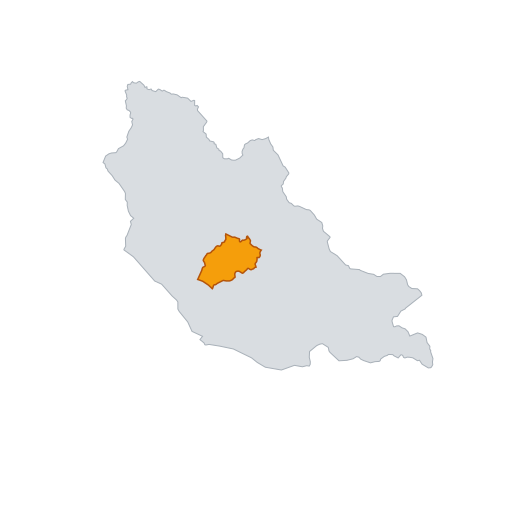 Mongolia, with Övörhangay highlighted, rotated 38°
{"feature_id": "MNG-3327", "entity_name": "Övörhangay", "entity_type": "Province", "adm_level": 1, "iso_a3": "MNG", "parent_name": "Mongolia", "parent_adm1": "", "projection": "albers", "projection_center": [102.848, 45.744], "detail": "fine", "context": "in_parent", "style": "filled", "palette": "amber", "viewbox_px": 512, "rotation_deg": 38, "n_neighbors": 0, "source": "natural_earth", "source_scale": "10m", "svg_char_len": 6353}
<svg xmlns="http://www.w3.org/2000/svg" viewBox="0 0 512 512"><g transform="rotate(38 256 256)"><path d="M51.3,194.6L52.8,194.9L55.3,193.5L56.0,191.2L56.9,190.0L62.5,190.4L64.8,191.5L65.5,190.1L66.0,189.9L67.1,191.4L68.4,191.1L69.4,190.7L70.5,189.0L72.3,189.6L75.8,188.2L76.3,184.6L77.7,184.0L80.6,183.8L81.2,182.2L81.9,181.8L84.0,181.7L87.9,180.5L89.6,180.6L91.1,179.2L94.6,177.6L99.6,177.3L100.1,176.3L104.9,173.7L109.6,174.2L111.2,171.5L112.0,171.3L114.9,175.1L116.3,174.8L116.9,173.6L118.9,173.9L119.4,176.3L120.4,177.4L134.3,179.9L134.7,180.9L134.9,186.5L137.2,189.3L137.7,190.6L141.6,190.6L143.7,192.9L147.1,193.1L148.7,193.8L152.2,192.2L153.0,192.2L153.9,193.3L155.6,192.7L158.5,194.9L160.9,194.7L162.0,195.6L163.4,195.1L166.8,195.9L169.3,199.0L171.2,198.9L173.6,197.1L174.3,195.8L177.6,195.4L179.6,194.2L180.9,193.0L182.9,188.8L183.5,184.5L181.9,183.7L180.6,182.1L179.9,179.7L179.9,178.1L178.5,175.5L178.7,174.2L179.8,172.1L180.4,168.6L181.6,166.8L183.9,165.8L184.2,164.4L185.7,161.9L189.2,160.5L191.3,157.6L192.6,154.6L194.2,156.2L198.5,158.6L202.2,159.7L204.5,162.0L211.1,162.8L221.9,168.3L224.2,168.0L230.7,170.3L231.2,171.1L231.1,175.0L231.6,176.1L231.8,180.3L233.1,182.5L232.7,185.0L233.3,185.8L234.9,186.2L237.5,188.8L243.4,190.7L245.2,192.4L249.3,193.6L251.4,192.8L254.8,193.2L256.0,192.9L258.1,190.8L259.5,190.2L267.2,188.4L269.3,187.0L270.7,186.7L276.8,187.8L281.1,189.6L287.2,189.1L290.1,191.2L291.4,193.3L293.9,195.0L302.4,195.3L302.9,195.7L303.0,200.2L303.4,200.9L309.3,205.4L311.9,206.7L319.7,205.8L332.1,207.9L334.8,206.7L337.5,208.1L338.5,207.9L345.9,203.0L347.1,203.1L355.1,200.7L360.0,198.0L363.9,197.7L366.7,195.5L367.6,191.9L372.2,187.2L380.3,180.9L385.9,180.9L389.3,182.2L393.2,185.3L395.2,186.0L398.8,185.7L403.5,182.4L406.3,182.6L408.9,183.3L410.9,184.8L406.0,204.8L406.1,205.9L404.1,210.2L404.7,216.5L401.8,219.3L402.7,222.8L403.7,224.0L407.9,227.0L409.0,226.3L409.8,224.6L411.6,223.0L415.3,222.7L418.3,221.6L422.4,222.1L426.5,224.4L430.7,217.1L435.3,215.4L439.9,215.3L444.1,218.9L448.6,220.1L450.1,222.3L451.9,222.9L452.6,224.0L458.6,227.9L460.3,230.9L462.2,232.8L462.6,235.2L462.5,236.4L460.7,238.1L453.5,239.0L449.0,237.5L447.7,239.1L442.2,239.7L439.3,241.3L437.4,242.6L436.4,244.3L435.6,244.9L434.6,245.0L432.8,244.0L431.4,244.3L431.0,244.7L430.8,248.8L426.2,249.7L424.5,249.5L421.0,252.0L420.6,253.6L418.9,256.1L417.7,260.4L418.3,262.1L417.9,263.3L414.8,266.0L412.0,269.7L405.3,272.1L402.0,272.8L399.5,272.4L397.2,273.3L395.8,277.2L391.9,282.2L385.9,287.5L373.6,286.4L372.0,285.9L369.2,283.5L362.3,284.2L360.5,286.3L359.0,289.2L357.0,298.3L360.3,303.0L363.9,305.9L365.4,308.0L365.7,310.0L363.5,311.2L360.8,314.7L353.6,318.5L346.2,330.2L331.8,337.9L322.5,339.1L315.2,339.0L295.4,343.2L282.8,349.4L273.4,354.6L271.3,357.0L270.3,357.4L268.6,356.5L263.3,356.4L263.3,352.2L252.0,354.8L242.8,350.0L229.7,347.0L227.1,345.9L222.7,340.3L220.4,339.6L214.7,339.2L199.0,336.3L191.6,338.1L159.9,332.1L148.2,332.5L147.8,332.0L147.3,328.5L142.4,322.7L141.8,321.3L141.7,319.2L138.3,307.9L135.7,306.0L136.4,301.5L132.3,301.4L127.8,299.2L123.4,295.5L121.4,292.8L118.2,291.9L114.6,287.1L112.8,286.1L103.2,283.1L98.2,283.0L93.1,281.2L87.1,280.2L85.3,279.0L83.5,278.9L80.3,276.5L77.9,276.5L76.0,269.8L77.2,266.0L78.7,263.8L82.0,260.8L82.1,259.5L81.5,256.1L83.8,250.7L83.8,247.2L82.9,243.0L81.0,241.8L79.0,236.0L78.7,231.7L78.0,228.7L75.3,226.5L74.8,223.8L73.9,223.5L73.2,224.2L71.4,224.3L69.9,222.4L69.2,220.4L68.3,219.8L66.4,219.5L64.5,220.1L62.7,219.4L61.4,217.4L57.5,214.2L57.7,212.3L57.3,210.9L56.1,210.3L55.0,208.8L51.1,206.5L51.2,205.5L52.7,203.8L50.1,201.6L49.4,199.7L51.4,197.8L51.0,196.2L51.3,194.6Z" fill="#d9dde1" stroke="#a8b0b8" stroke-width="1"/><path d="M256.5,248.1L256.5,248.7L256.6,249.2L256.8,250.3L257.0,250.9L257.1,251.2L257.6,251.7L258.5,252.4L259.0,253.0L259.2,253.5L259.3,253.8L259.4,254.2L259.4,254.7L259.3,255.5L258.9,255.6L258.7,255.7L258.4,256.0L257.8,256.6L258.3,257.2L258.8,257.9L259.0,258.2L259.3,258.8L259.7,259.3L259.8,259.6L259.9,260.0L260.0,260.3L260.0,262.2L260.1,262.5L260.2,262.8L260.3,263.0L260.5,263.1L262.3,264.3L262.9,264.8L262.2,265.6L262.1,265.9L262.0,266.3L262.0,267.3L261.9,267.7L261.1,268.7L261.0,269.2L260.8,269.5L260.5,269.9L259.7,270.2L257.9,270.4L257.6,270.5L257.3,270.6L257.2,270.9L257.1,271.1L257.1,272.4L257.1,272.7L256.5,275.5L256.5,276.9L255.8,278.0L252.8,278.3L251.9,278.5L251.6,278.7L251.3,278.9L250.5,279.6L250.0,280.4L249.9,280.7L249.8,281.1L249.8,281.5L249.9,281.9L250.0,282.4L250.1,282.8L250.4,283.3L251.0,284.0L252.4,285.4L252.6,285.9L252.3,286.6L252.2,287.0L252.0,287.5L252.1,288.7L252.0,289.0L251.9,289.4L251.0,291.2L250.7,291.6L250.3,292.1L248.0,293.9L245.2,295.4L244.8,296.2L242.4,301.3L242.2,301.9L242.0,302.9L241.8,303.4L241.6,303.7L240.9,304.3L240.7,304.9L240.7,305.5L241.6,307.8L241.7,308.3L241.7,308.7L236.5,308.2L229.6,308.7L225.5,310.0L224.5,310.4L222.3,301.4L221.9,300.2L221.3,298.8L221.2,298.3L221.1,298.0L221.1,297.7L221.8,296.2L222.1,295.1L221.9,294.6L220.6,293.8L220.1,293.3L219.3,292.8L217.6,292.2L217.2,292.0L217.0,291.6L216.8,291.3L216.7,290.8L216.5,290.0L216.4,289.2L216.3,287.2L216.2,286.9L216.2,286.6L216.3,286.0L216.3,285.6L216.1,284.6L216.1,284.2L216.2,283.9L216.3,283.7L217.1,282.9L217.8,282.1L218.3,280.9L218.3,280.4L218.3,279.4L218.9,277.3L219.0,276.6L218.9,275.9L218.8,274.9L218.8,273.3L218.9,272.8L219.0,272.4L219.3,272.0L219.5,271.6L219.8,271.4L220.5,271.1L220.9,270.9L221.3,270.7L221.5,270.3L221.6,270.1L221.7,269.8L221.7,269.0L221.6,268.0L221.5,267.5L221.3,267.2L221.1,267.0L221.0,266.7L221.3,266.1L222.4,264.6L222.5,264.3L222.4,264.0L222.3,263.8L222.2,263.4L222.1,263.1L222.0,261.5L220.8,260.0L219.3,258.5L219.2,258.2L218.7,257.2L225.8,255.7L226.4,255.3L226.8,254.9L227.7,254.2L230.4,253.5L232.0,252.8L232.4,252.8L232.7,252.9L233.0,253.3L233.5,254.1L233.8,254.4L234.1,254.6L234.5,254.7L235.1,254.4L235.4,253.3L235.4,252.4L235.6,252.0L235.7,251.7L236.7,251.1L237.3,250.2L238.0,248.4L238.1,247.8L237.9,247.7L237.6,247.5L237.3,247.4L237.1,247.1L236.9,246.8L236.8,246.5L236.8,246.1L236.9,245.8L237.1,245.6L237.4,245.6L237.6,245.7L238.7,246.3L239.4,246.3L239.7,246.3L242.0,247.2L242.3,247.5L242.6,248.0L243.3,249.5L243.6,249.8L244.1,249.9L246.4,250.2L248.4,250.1L249.0,249.9L250.4,249.0L251.4,248.8L251.8,248.8L252.1,248.8L252.6,248.9L252.9,248.9L254.0,248.7L255.6,248.4L256.5,248.1Z" fill="#f59e0b" stroke="#b45309" stroke-width="1.5"/></g></svg>